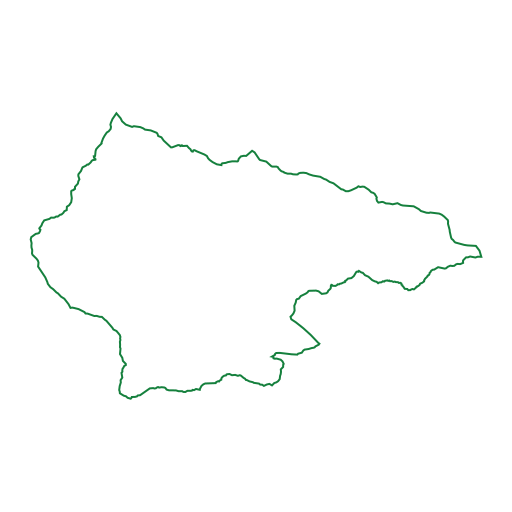 Romuli, Maramures, Romania (Mercator projection)
{"feature_id": "2599482B28132150762562", "entity_name": "Romuli", "entity_type": "district", "adm_level": 2, "iso_a3": "ROU", "parent_name": "Romania", "parent_adm1": "Maramures", "projection": "mercator", "projection_center": [24.471, 47.559], "detail": "fine", "context": "isolated", "style": "outline", "palette": "green", "viewbox_px": 512, "rotation_deg": 0, "n_neighbors": 0, "source": "geoboundaries", "source_scale": "gbopen_adm2", "svg_char_len": 6039}
<svg xmlns="http://www.w3.org/2000/svg" viewBox="0 0 512 512"><path d="M475.9,245.9L467.4,245.4L464.2,244.9L455.3,242.5L454.3,241.6L453.1,240.0L451.7,238.9L451.1,237.6L449.8,231.8L449.6,229.8L448.0,223.8L448.1,221.4L447.8,220.1L444.2,216.6L441.7,214.7L439.2,213.6L430.2,212.5L429.0,212.9L426.4,212.7L420.9,211.0L418.9,209.2L413.7,206.3L402.9,205.5L400.9,205.0L397.5,203.2L392.7,204.3L389.5,203.6L385.9,203.4L383.5,202.2L382.1,201.9L378.4,202.6L377.0,200.9L376.4,198.7L376.8,197.6L376.6,197.1L374.6,193.8L373.1,192.8L371.3,192.3L368.7,189.7L364.3,186.8L362.5,186.6L360.2,187.0L358.4,186.3L356.6,187.7L351.0,190.3L348.4,191.2L345.8,191.2L342.8,189.5L341.3,189.3L333.5,183.3L329.6,181.9L326.1,179.6L324.2,179.0L320.3,176.8L313.1,175.6L309.2,174.4L306.4,173.1L303.4,172.7L300.1,172.9L298.5,173.5L297.7,174.4L296.5,174.5L293.0,174.3L291.1,173.7L287.7,173.7L284.2,172.6L283.7,172.0L281.6,171.3L280.6,170.6L278.5,168.4L277.9,167.2L276.5,166.6L272.2,166.6L271.1,166.0L266.3,161.6L260.0,160.0L259.2,159.2L254.6,152.4L252.1,150.8L246.2,155.9L243.8,155.8L240.9,156.4L238.8,158.7L238.1,160.9L237.6,161.4L232.3,161.3L227.9,162.1L225.7,162.9L222.2,163.3L221.5,164.1L221.4,165.1L216.8,164.3L212.6,162.1L209.6,159.9L208.1,158.3L206.9,156.0L204.4,154.5L196.7,151.3L194.6,150.2L193.5,150.3L192.8,151.6L192.0,151.5L191.1,150.6L190.5,149.3L188.9,148.0L187.0,145.8L182.7,146.0L182.0,145.3L181.4,145.3L181.0,146.0L180.4,146.1L179.4,145.2L178.1,145.1L172.3,147.3L171.0,147.4L163.7,140.6L161.4,137.3L158.2,136.0L157.5,133.9L156.7,132.8L150.7,130.4L145.0,129.6L143.3,128.4L140.3,127.1L133.9,126.2L132.1,126.9L125.8,124.6L122.1,121.3L120.6,118.3L116.4,113.3L112.5,119.0L110.9,122.8L110.4,124.7L111.0,126.9L110.6,129.0L108.7,131.3L106.8,132.5L104.6,135.7L103.0,138.6L101.4,143.0L101.6,143.5L98.3,146.7L96.2,149.2L95.6,151.0L95.1,155.9L94.9,156.3L93.8,156.3L94.0,157.7L95.5,159.2L95.4,159.7L92.5,160.2L91.6,161.0L90.7,162.4L88.3,164.6L87.3,164.5L85.7,165.8L82.6,167.3L82.2,168.0L81.0,171.0L78.4,174.3L78.3,175.9L79.4,179.3L78.3,181.4L77.9,183.6L75.0,186.8L75.0,188.9L73.9,189.4L73.6,190.1L72.3,190.3L71.2,191.2L71.2,194.1L71.8,198.2L71.2,202.2L69.2,205.2L66.9,206.7L66.7,210.1L64.4,211.2L63.3,212.9L61.5,214.5L60.2,214.7L57.7,216.6L56.2,216.5L54.6,217.5L53.5,217.7L51.1,217.6L49.4,218.9L44.2,220.4L42.3,223.3L41.5,225.5L39.3,228.3L39.5,228.9L40.4,229.7L40.1,230.9L39.1,232.9L38.1,233.4L35.7,233.9L31.3,237.1L30.7,239.4L31.6,243.1L31.4,245.5L31.5,247.5L32.2,249.9L32.2,251.3L32.0,253.4L32.5,254.8L36.5,258.7L37.9,260.6L38.5,262.6L38.1,266.6L45.3,277.4L47.4,282.2L47.8,283.8L50.4,287.2L53.2,289.2L56.5,292.5L57.9,293.3L61.1,296.7L64.3,298.7L68.5,304.1L70.5,307.9L72.2,307.6L73.8,307.9L78.6,309.1L84.5,312.1L85.5,313.5L87.6,313.6L94.3,316.0L96.7,315.9L99.6,316.8L101.9,316.9L104.8,319.7L106.4,320.8L112.4,327.8L113.4,329.5L116.5,331.0L119.8,335.0L120.4,336.9L120.1,338.5L120.4,340.0L119.9,341.7L120.1,344.6L120.0,347.3L120.5,348.5L120.0,354.1L122.3,357.8L122.9,360.9L125.8,363.9L125.8,365.1L124.3,365.9L123.3,367.8L122.6,368.7L122.3,370.2L122.4,371.7L121.5,372.9L122.3,377.6L120.6,380.2L120.8,382.5L119.7,386.1L119.2,390.0L119.7,391.5L119.9,393.3L123.8,395.7L126.0,396.3L127.6,397.8L130.7,398.7L131.3,398.1L131.8,397.0L135.1,396.9L137.0,396.4L137.7,395.5L140.1,395.2L149.8,388.4L153.2,388.1L154.4,388.5L155.8,388.3L157.4,387.2L158.4,387.1L159.1,387.6L161.6,387.2L164.4,387.5L165.4,388.0L166.6,389.6L168.9,390.3L175.9,390.4L178.6,391.2L182.2,391.2L183.3,391.9L185.3,392.0L187.4,390.8L191.0,390.8L192.4,390.4L192.6,389.9L194.1,390.1L196.0,389.0L199.8,389.8L200.0,388.7L201.5,385.9L203.4,384.3L205.2,383.5L215.7,383.1L216.2,382.1L218.2,381.2L219.0,381.5L219.8,380.5L221.3,379.7L221.3,378.8L221.7,377.8L222.7,376.7L224.2,375.7L226.0,375.4L226.6,374.4L227.4,374.2L229.5,374.0L232.0,375.2L235.2,374.9L237.9,375.8L239.8,375.2L240.9,375.6L243.6,377.9L245.0,378.7L246.0,380.0L246.7,380.0L249.5,381.4L252.9,382.2L253.7,382.8L259.0,383.6L260.2,384.6L262.2,384.7L263.9,385.9L266.8,384.5L269.4,383.9L272.0,385.4L274.3,383.0L276.3,382.4L278.1,381.2L279.7,379.1L280.1,375.8L280.7,374.1L281.0,371.8L280.8,369.4L283.1,367.0L283.2,364.6L283.7,363.9L282.5,361.4L280.7,359.7L276.7,358.6L274.5,358.7L273.5,358.3L273.5,357.3L273.0,356.8L272.0,356.6L274.9,354.9L275.1,353.9L276.2,353.0L279.9,352.9L291.7,354.3L297.3,354.6L298.1,353.7L301.8,352.7L303.3,350.5L304.6,349.6L308.7,349.0L311.5,348.1L313.8,347.7L314.7,347.3L315.4,346.4L318.7,344.7L319.4,343.7L318.3,342.9L310.9,335.1L303.4,328.3L295.7,322.2L291.3,319.3L290.5,316.7L291.9,315.4L293.4,313.5L294.6,310.7L294.3,305.8L295.7,302.6L296.2,300.0L297.0,299.1L298.8,298.7L300.7,296.1L305.8,293.6L307.6,292.3L308.4,291.1L309.2,290.8L316.0,290.6L318.6,291.3L321.8,293.9L326.2,293.3L327.5,292.4L328.3,290.7L330.3,288.9L330.8,287.9L330.9,285.6L331.4,284.8L331.9,284.9L332.7,285.8L335.6,285.9L337.2,284.9L337.6,284.3L339.0,284.4L339.7,283.8L341.4,283.5L343.8,282.3L344.8,282.2L345.2,281.8L345.2,280.8L346.2,280.4L348.0,278.6L351.4,278.1L353.8,276.1L356.2,272.1L357.2,271.5L358.2,271.8L358.9,270.9L361.4,272.5L362.8,272.8L365.0,275.2L368.4,276.7L372.2,280.1L374.9,281.4L376.6,281.8L378.1,283.2L379.1,282.5L381.4,282.3L383.0,281.2L383.9,281.6L384.4,281.5L385.0,280.8L387.4,280.4L388.2,280.9L389.2,280.5L390.0,281.2L391.6,281.1L393.4,281.9L394.8,281.6L395.8,282.1L398.0,282.2L398.8,282.9L400.4,282.8L401.3,283.4L401.5,283.9L401.4,284.6L402.4,285.3L402.4,285.8L403.5,286.9L404.7,288.8L407.3,289.0L408.3,290.2L410.3,290.1L411.1,289.5L412.5,289.0L413.9,289.4L415.8,287.8L416.0,287.3L416.7,287.1L417.0,286.4L418.1,286.1L419.6,284.9L420.1,283.7L422.2,282.8L424.1,281.4L424.1,280.3L424.5,279.9L425.0,278.8L427.5,276.4L427.5,275.9L428.1,275.3L428.9,275.0L429.5,274.0L429.6,272.9L430.5,272.1L430.8,271.3L431.4,270.6L432.8,269.7L434.2,269.6L438.1,267.2L444.7,268.6L446.0,268.3L447.8,266.8L450.3,265.7L452.3,266.0L454.3,265.8L456.0,264.4L457.4,263.9L460.2,264.1L463.1,262.9L463.0,260.9L463.2,260.3L466.0,257.4L466.5,257.3L468.0,257.3L470.1,256.5L475.4,257.5L477.8,256.7L481.3,256.8L479.5,250.7L475.9,245.9Z" fill="none" stroke="#15803d" stroke-width="2"/></svg>